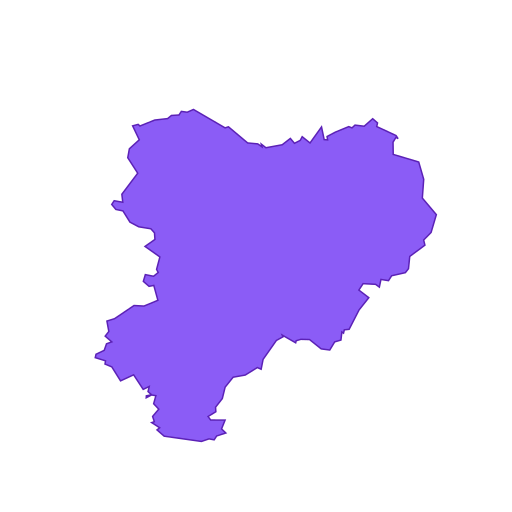 outline of Vima Mica, Maramures, Romania, rotated 252°
{"feature_id": "2599482B4485226346808", "entity_name": "Vima Mica", "entity_type": "district", "adm_level": 2, "iso_a3": "ROU", "parent_name": "Romania", "parent_adm1": "Maramures", "projection": "albers", "projection_center": [23.688, 47.408], "detail": "medium", "context": "isolated", "style": "filled", "palette": "violet", "viewbox_px": 512, "rotation_deg": 252, "n_neighbors": 0, "source": "geoboundaries", "source_scale": "gbopen_adm2", "svg_char_len": 1954}
<svg xmlns="http://www.w3.org/2000/svg" viewBox="0 0 512 512"><g transform="rotate(252 256 256)"><path d="M295.1,439.8L310.2,417.9L321.9,421.5L325.6,425.8L323.7,427.4L327.3,426.4L341.8,410.8L345.0,412.7L350.5,409.4L346.0,399.0L349.9,390.6L348.2,386.9L350.4,384.2L349.3,369.8L347.7,360.5L344.3,360.0L345.6,356.8L358.5,358.2L346.8,342.3L355.2,336.8L352.3,333.8L351.3,327.4L357.2,325.0L353.7,315.3L355.9,298.9L360.8,295.6L358.0,295.4L362.1,292.3L366.1,283.0L387.4,269.7L387.4,266.2L414.7,241.8L414.0,235.0L416.6,229.7L413.9,226.3L415.8,219.0L414.0,214.4L416.6,201.7L415.5,185.8L417.6,184.6L417.9,178.9L402.6,180.9L397.1,168.7L389.1,164.4L371.3,169.1L356.2,147.5L348.3,145.9L352.4,138.2L349.6,134.7L343.6,137.1L340.0,143.4L327.1,146.6L320.0,153.5L314.4,164.4L309.4,166.6L303.0,165.0L299.4,153.4L284.8,164.3L274.0,157.3L270.5,157.9L268.4,152.3L272.5,145.0L266.7,141.0L260.2,144.9L259.6,149.7L244.2,149.0L243.0,134.0L246.6,124.7L240.1,102.1L240.2,94.1L229.7,92.7L226.4,87.8L218.9,92.3L218.7,86.7L213.2,82.5L212.0,73.5L209.0,71.7L202.8,80.5L199.9,79.0L195.1,84.6L179.1,88.6L180.8,102.9L164.0,107.5L164.9,114.1L160.4,111.4L156.3,113.8L156.9,108.5L155.1,107.8L156.1,113.7L154.1,117.6L147.1,113.0L140.4,116.2L135.4,108.1L129.8,108.1L129.8,105.3L122.4,111.3L121.2,108.1L113.0,113.0L96.5,146.8L96.6,154.8L94.1,159.4L97.0,163.0L97.0,172.6L102.2,169.8L109.5,175.9L114.0,162.2L118.2,160.8L120.3,169.7L124.7,170.8L130.8,179.9L140.8,186.1L147.8,196.8L146.1,209.0L149.5,222.8L146.7,225.9L155.5,230.8L169.4,249.3L170.8,256.7L172.7,256.5L161.2,266.9L163.0,268.0L162.9,272.9L160.0,281.1L147.5,289.3L143.8,297.1L150.0,304.3L149.8,310.8L157.2,314.2L155.6,315.4L158.5,317.2L157.5,321.9L172.9,337.4L181.5,350.4L191.8,343.3L196.6,349.3L192.1,361.0L188.3,363.7L195.1,367.6L191.6,374.4L195.3,378.9L194.0,392.9L196.8,397.1L208.1,402.1L214.1,420.0L219.4,420.4L224.3,429.8L239.6,440.3L259.7,432.1L277.1,439.2L295.1,439.8Z" fill="#8b5cf6" stroke="#5b21b6" stroke-width="1.5"/></g></svg>